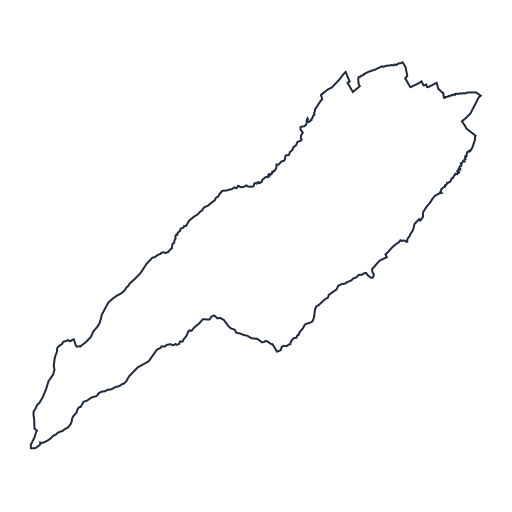 Straoane, Vrancea, Romania, rotated 271°
{"feature_id": "2599482B77853127668165", "entity_name": "Straoane", "entity_type": "district", "adm_level": 2, "iso_a3": "ROU", "parent_name": "Romania", "parent_adm1": "Vrancea", "projection": "robinson", "projection_center": [27.011, 45.969], "detail": "fine", "context": "isolated", "style": "outline", "palette": "slate", "viewbox_px": 512, "rotation_deg": 271, "n_neighbors": 0, "source": "geoboundaries", "source_scale": "gbopen_adm2", "svg_char_len": 6066}
<svg xmlns="http://www.w3.org/2000/svg" viewBox="0 0 512 512"><g transform="rotate(271 256 256)"><path d="M380.1,473.5L387.1,464.1L389.4,463.0L394.3,459.5L397.1,462.9L402.2,467.9L418.6,476.0L420.2,477.9L423.3,473.4L423.5,471.3L423.2,470.0L423.3,466.6L423.0,464.1L422.2,462.4L422.4,460.1L421.9,458.7L422.2,457.2L421.6,455.7L421.7,453.2L420.8,452.6L421.4,451.8L420.2,450.4L420.5,448.7L419.5,447.8L419.5,445.9L418.7,445.4L418.3,442.7L417.5,442.2L417.3,441.6L417.6,441.1L422.4,440.3L422.4,439.6L426.5,435.3L432.3,433.6L428.1,425.7L427.8,424.3L430.4,423.1L429.5,421.3L429.5,420.5L433.5,418.5L431.3,415.2L427.5,407.6L428.1,406.9L436.3,402.1L438.7,404.1L439.3,404.0L447.6,402.2L452.2,399.2L451.3,397.4L451.0,395.0L449.4,393.0L449.9,391.5L449.0,390.0L449.3,387.8L448.7,386.3L448.7,384.0L447.4,379.9L447.8,378.6L443.8,370.5L443.7,369.1L442.6,367.0L442.3,365.6L439.8,360.8L439.0,360.5L438.1,358.2L437.0,356.9L436.9,355.8L436.0,355.2L433.0,355.2L429.7,355.7L427.5,356.8L421.7,350.0L430.7,344.5L432.1,346.6L441.6,342.4L439.0,340.0L433.5,336.0L425.7,328.7L423.9,325.1L418.3,318.2L413.7,319.4L412.2,317.9L403.5,312.4L401.9,312.4L400.0,311.5L398.3,312.0L397.1,310.6L395.1,310.1L393.6,308.8L393.0,309.1L391.0,306.7L390.9,305.8L392.3,305.0L393.7,305.6L394.5,305.1L392.4,304.3L390.7,304.5L388.2,303.8L386.4,301.8L386.3,299.7L385.5,298.2L383.1,298.4L380.4,300.5L379.5,300.4L378.3,299.4L376.8,298.9L374.4,298.8L373.4,299.6L372.7,299.4L371.8,298.3L371.3,296.4L370.6,295.4L367.5,294.2L365.3,291.4L362.7,290.5L360.5,288.1L357.9,287.3L357.5,286.9L357.2,284.2L356.8,283.8L352.9,283.1L351.8,282.5L351.1,280.0L347.7,276.8L347.8,274.9L344.7,274.9L342.5,273.7L341.5,273.0L341.3,272.1L340.6,272.0L340.4,270.7L338.8,270.5L337.6,269.4L337.6,268.7L338.3,268.1L337.6,267.0L337.0,266.8L336.4,267.8L335.8,267.8L334.9,266.0L335.3,264.8L334.7,263.8L332.1,260.9L330.3,260.5L328.9,258.4L328.9,257.6L329.9,257.3L329.3,255.7L328.4,255.3L328.9,254.2L328.4,253.0L325.7,252.4L325.3,251.5L325.2,247.0L326.4,245.1L324.7,242.4L324.6,239.2L325.7,237.8L325.9,236.8L324.3,236.2L323.4,235.1L324.2,233.1L322.2,230.3L322.1,229.0L320.8,224.9L320.9,222.3L320.1,221.0L320.2,220.5L318.5,219.7L317.9,218.6L316.4,218.2L314.5,216.8L314.0,215.6L313.0,214.6L311.1,213.9L307.8,209.6L305.4,207.1L304.1,203.9L302.3,202.1L300.7,201.4L299.8,199.9L296.4,196.7L294.2,193.2L290.0,188.4L284.8,185.5L284.6,183.5L283.1,182.9L282.1,180.3L280.8,179.7L280.1,179.9L277.9,177.3L276.0,177.1L275.7,176.6L275.9,176.0L274.7,175.1L273.0,175.1L272.3,175.4L270.1,174.2L267.7,173.9L266.8,172.5L263.4,171.7L262.4,171.9L260.6,169.8L258.2,167.9L258.2,167.2L257.4,165.6L258.1,163.6L258.0,162.5L257.2,160.9L256.2,160.3L255.6,158.1L253.0,154.8L252.6,152.5L246.1,146.6L237.1,141.0L230.8,135.1L226.1,130.0L224.0,129.0L222.6,127.2L219.0,125.0L216.3,121.9L213.6,117.2L211.5,114.2L207.0,109.2L194.3,102.7L193.0,102.6L186.0,100.7L182.3,98.5L177.7,94.6L172.1,92.3L166.8,87.2L162.3,81.7L162.7,80.7L162.2,78.5L163.6,77.3L169.5,75.3L169.0,73.7L168.2,73.0L167.5,71.3L168.6,69.7L168.5,69.1L167.7,67.6L167.0,65.0L164.2,63.2L163.3,61.5L161.4,59.4L160.0,58.8L157.6,58.7L154.8,58.1L154.1,57.5L149.3,56.4L142.6,55.7L138.8,56.5L133.9,55.2L127.1,50.7L119.1,48.4L111.2,45.3L105.7,42.2L103.0,39.6L100.1,38.5L96.7,36.4L93.3,36.3L89.0,37.0L80.1,37.5L79.5,37.6L77.8,39.9L77.3,40.0L76.1,39.2L70.5,37.6L63.3,34.1L59.8,34.3L60.0,38.7L63.3,43.1L64.5,43.7L65.7,43.4L65.4,46.0L67.9,51.0L69.8,53.6L73.0,56.8L73.9,59.0L75.5,60.5L77.0,63.3L77.6,65.6L79.5,67.7L81.0,70.6L84.5,73.5L87.6,74.7L89.4,74.8L92.1,75.7L96.2,79.2L100.0,80.4L101.7,81.8L102.0,83.3L107.3,86.1L108.4,89.5L111.8,94.2L113.0,98.6L114.3,100.1L115.8,100.8L117.6,103.8L118.1,107.3L119.7,109.9L119.9,112.6L120.3,113.9L122.7,118.1L122.9,120.0L123.6,120.9L123.8,122.0L125.4,124.1L126.1,126.1L128.4,128.4L133.4,131.1L142.5,139.6L148.9,150.6L160.7,158.6L162.4,162.1L164.0,163.1L163.8,166.1L165.6,168.4L166.4,172.2L165.4,173.8L165.8,175.9L166.6,177.1L165.8,178.0L166.5,180.5L169.3,181.6L169.0,182.7L169.3,184.2L171.5,185.1L174.4,187.6L179.6,189.8L180.5,190.7L180.0,192.5L180.2,192.9L183.5,195.5L187.8,200.6L191.3,203.5L191.9,204.4L191.6,210.0L191.9,210.9L194.3,212.2L195.8,214.8L195.7,215.5L192.9,218.5L193.6,221.1L192.3,223.1L191.8,224.7L185.3,229.7L183.2,232.1L181.9,236.0L178.9,237.7L178.1,242.1L176.7,245.1L176.2,248.5L173.6,253.0L173.3,258.3L171.8,260.8L169.8,263.3L170.1,265.5L171.2,267.0L170.9,268.8L168.4,272.3L168.2,274.0L160.7,278.7L162.3,282.4L165.4,283.3L166.6,284.9L166.6,287.9L166.9,289.1L168.0,290.0L168.4,291.9L170.5,292.2L172.8,293.5L174.4,295.1L175.1,297.9L176.9,298.5L177.6,299.0L177.8,300.0L180.9,301.1L184.1,303.9L188.2,306.1L189.0,307.3L190.4,311.5L191.4,313.2L192.3,313.9L195.8,315.1L203.9,316.0L206.8,317.3L207.7,319.1L214.2,326.1L215.5,328.6L218.3,329.4L224.0,337.1L227.7,338.8L229.5,342.3L229.9,345.5L231.1,347.0L233.3,351.8L235.3,353.7L236.2,356.2L237.5,357.9L239.0,359.1L239.0,361.8L241.0,365.3L241.0,366.4L238.7,368.1L237.2,370.0L236.2,371.6L236.3,372.8L238.0,373.9L240.0,374.1L242.1,372.6L244.9,372.3L253.5,379.6L257.1,386.8L259.9,385.4L262.5,388.2L266.4,391.4L269.6,394.8L272.4,398.8L274.3,400.1L273.6,401.4L274.1,402.9L273.9,404.2L272.7,406.4L273.0,407.0L275.0,406.9L276.5,407.6L278.1,409.0L280.7,409.9L283.6,412.0L286.2,413.0L290.8,413.9L295.5,418.3L295.7,418.6L294.3,419.5L295.4,420.5L298.3,422.4L301.2,422.1L303.3,422.6L308.1,425.6L312.6,429.3L316.1,431.3L319.4,434.0L321.9,438.4L322.3,440.4L323.3,439.2L324.7,440.0L326.0,440.1L328.1,442.6L328.7,443.9L330.0,443.7L330.5,445.1L332.5,445.8L332.4,446.7L334.1,449.2L337.0,450.3L337.3,451.4L339.7,452.5L340.3,453.4L341.7,453.8L341.3,455.6L342.3,455.9L342.3,456.6L343.2,457.7L343.8,457.6L343.8,456.3L344.4,455.8L346.3,457.1L346.1,458.8L346.8,458.7L347.8,457.8L349.3,458.2L349.7,459.6L350.9,459.9L352.2,459.2L352.5,460.3L354.5,461.4L354.3,462.7L355.2,462.2L356.2,462.9L356.3,463.6L357.0,463.2L358.2,463.9L359.1,463.3L359.5,463.6L359.3,464.5L359.7,464.8L362.3,465.0L363.6,465.5L363.8,466.4L364.7,467.0L364.3,467.7L364.5,468.4L365.5,468.4L366.2,469.4L368.4,470.5L376.0,472.9L378.6,472.9L380.1,473.5Z" fill="none" stroke="#1e293b" stroke-width="2"/></g></svg>